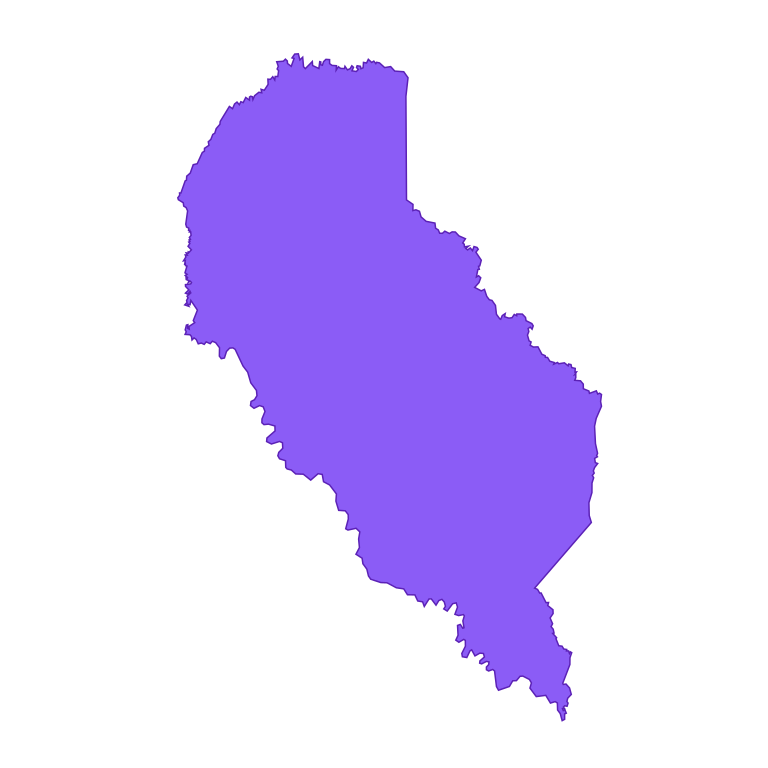 Sabana De Torres, Santander, Colombia, rotated 184°
{"feature_id": "7082276B5396414457031", "entity_name": "Sabana De Torres", "entity_type": "district", "adm_level": 2, "iso_a3": "COL", "parent_name": "Colombia", "parent_adm1": "Santander", "projection": "natural_earth1", "projection_center": [-73.555, 7.427], "detail": "fine", "context": "isolated", "style": "filled", "palette": "violet", "viewbox_px": 768, "rotation_deg": 184, "n_neighbors": 0, "source": "geoboundaries", "source_scale": "gbopen_adm2", "svg_char_len": 6137}
<svg xmlns="http://www.w3.org/2000/svg" viewBox="0 0 768 768"><g transform="rotate(184 384 384)"><path d="M399.5,701.1L405.4,699.7L410.9,704.0L413.8,704.4L414.5,703.0L416.7,705.4L418.7,703.9L422.3,706.8L423.8,703.0L426.9,703.4L426.9,698.0L429.0,696.9L429.7,699.3L433.0,699.6L433.5,697.8L431.6,696.0L433.4,693.8L437.8,694.2L436.5,697.8L438.3,699.2L439.8,696.2L442.4,694.8L445.1,698.2L445.5,695.9L449.3,695.8L451.6,697.3L453.6,693.8L453.6,698.2L458.1,698.2L460.6,699.8L460.9,703.8L464.6,703.8L466.8,701.3L467.7,697.7L469.3,698.0L469.5,700.9L470.6,701.1L471.0,694.2L477.4,696.7L478.0,700.7L484.5,693.1L486.4,694.9L487.9,704.3L490.5,701.4L492.5,707.4L496.1,706.9L498.5,702.9L496.4,702.5L498.7,694.4L502.6,697.0L503.0,699.5L505.0,701.2L506.9,699.0L513.5,698.0L511.6,693.5L512.6,690.8L511.0,689.2L511.4,683.3L514.0,683.2L514.2,679.7L516.4,682.8L518.5,680.0L521.1,680.0L520.5,674.8L523.9,668.7L527.2,669.4L526.3,666.0L529.2,666.3L533.2,662.6L534.6,658.6L535.3,661.4L537.0,661.8L538.2,660.9L538.0,657.8L541.9,660.2L544.1,654.9L546.5,655.6L547.8,652.5L550.3,655.0L552.6,652.9L554.3,648.1L557.6,650.1L565.7,634.5L565.8,631.6L569.2,627.1L570.3,622.4L572.2,621.0L573.8,615.9L576.2,613.4L575.3,609.9L579.5,606.6L579.4,603.7L581.4,602.3L585.7,590.7L589.6,589.5L592.0,580.9L595.3,577.6L595.3,573.5L596.5,572.8L599.9,560.4L601.3,560.3L601.0,558.1L602.7,555.4L602.0,553.5L596.9,550.8L596.2,547.5L593.7,546.2L592.0,543.0L592.9,529.6L591.9,526.8L589.6,525.8L589.7,523.7L588.4,523.7L588.8,522.1L587.5,522.3L586.8,518.8L588.4,516.6L587.2,514.7L588.5,514.1L587.6,512.6L588.7,512.0L587.5,510.6L589.1,507.7L585.5,504.4L587.6,501.8L588.5,502.2L588.5,500.8L590.5,501.0L589.2,498.8L591.3,498.9L590.5,496.9L592.6,492.9L590.8,493.4L591.3,488.7L590.6,490.2L590.2,488.2L588.8,487.9L590.3,481.0L588.1,479.7L589.9,478.4L587.4,476.5L587.7,475.5L588.9,476.6L588.6,474.4L585.7,473.4L586.3,471.7L584.3,473.0L583.1,471.7L583.8,470.4L589.0,469.3L588.8,467.5L585.3,464.3L588.4,460.8L586.0,459.9L584.0,462.9L583.1,461.4L586.6,457.8L585.5,456.3L586.8,453.6L586.2,451.6L588.3,449.0L584.1,447.9L585.4,449.9L583.0,449.6L582.5,453.9L575.3,444.7L578.7,433.9L577.1,432.0L582.6,427.8L582.1,425.1L583.8,425.9L583.8,429.5L585.2,429.0L586.1,424.1L584.9,422.3L585.9,419.6L581.0,419.6L579.4,418.0L578.6,414.5L576.7,416.7L574.4,415.3L572.1,411.1L569.1,412.1L566.1,411.0L564.3,413.6L560.2,412.1L558.2,414.7L554.8,413.5L550.6,408.7L550.2,400.3L548.1,397.9L545.0,398.8L543.4,405.5L540.5,409.0L537.3,409.5L534.9,408.2L525.9,392.1L520.8,386.3L517.0,375.9L510.8,368.7L509.9,363.5L512.1,359.3L515.4,357.3L515.7,353.2L512.0,350.7L506.6,353.8L502.9,352.8L500.8,348.3L503.3,340.6L503.1,336.8L500.9,335.1L496.4,335.9L489.9,334.5L489.4,329.6L497.0,322.0L497.1,318.4L492.1,316.3L484.2,319.4L481.2,318.3L480.5,312.8L484.2,308.5L484.9,305.0L483.0,302.1L476.9,300.6L476.2,294.0L474.7,292.5L470.4,291.7L465.8,288.1L458.2,288.4L450.4,283.0L443.5,289.9L439.3,289.5L437.5,282.3L431.2,279.5L423.8,271.0L423.8,263.8L420.4,254.8L413.8,254.8L410.6,251.2L410.2,246.8L412.1,236.9L409.8,235.8L401.8,238.1L397.8,234.8L398.5,227.6L397.1,219.1L400.1,212.2L393.7,208.7L392.5,203.2L388.2,198.1L386.1,191.4L383.6,188.3L373.3,185.7L367.1,185.9L357.5,181.6L350.0,181.0L345.9,175.4L338.5,175.8L335.2,169.9L330.3,169.4L328.3,164.9L324.1,172.7L321.8,172.9L316.7,167.0L314.2,171.8L311.2,173.2L308.7,170.8L307.2,166.5L308.7,163.8L305.1,161.9L300.2,169.6L296.7,170.7L295.1,166.6L297.2,159.2L293.4,158.2L288.7,159.5L287.7,158.3L288.8,153.2L287.2,146.4L288.4,145.9L291.1,149.5L293.8,148.3L292.6,138.5L294.5,133.5L291.3,131.6L286.6,134.8L285.0,133.9L284.5,128.1L287.6,120.6L286.8,117.4L282.3,116.9L279.6,123.8L278.0,124.9L274.3,119.1L269.6,122.2L266.0,122.1L264.8,118.7L269.0,114.5L269.1,112.2L267.1,111.6L262.5,114.4L259.9,114.1L260.0,111.4L262.1,108.8L261.9,106.1L259.6,105.0L255.6,106.8L253.7,105.5L250.7,90.0L248.4,86.5L237.8,91.0L234.9,96.9L231.2,97.3L227.9,101.9L225.1,102.3L218.3,99.4L216.1,96.1L217.2,90.8L210.3,82.8L200.9,84.7L195.7,77.3L191.1,79.1L188.8,77.9L188.1,70.9L185.2,67.5L182.8,60.6L180.4,62.1L180.8,67.5L179.2,68.3L180.8,71.6L182.4,70.7L183.3,72.6L181.3,72.8L182.5,74.2L181.3,75.6L178.9,75.3L178.1,78.5L179.4,80.1L178.8,83.4L175.5,87.4L177.7,93.7L181.5,97.4L184.2,96.8L184.8,98.0L179.0,117.1L179.4,123.9L178.0,129.1L179.4,129.8L180.2,128.1L181.2,130.6L183.4,130.5L183.2,131.9L186.2,132.2L188.1,134.9L191.4,135.1L194.7,141.9L194.1,142.9L198.3,147.0L197.0,147.4L198.1,151.2L200.4,153.6L199.1,156.6L202.0,162.2L199.3,166.8L199.7,170.6L205.2,174.4L204.6,177.5L207.1,177.2L212.7,186.5L214.1,186.3L216.5,189.8L219.5,190.9L167.5,260.3L170.1,267.1L171.3,279.9L169.0,290.2L169.6,299.7L168.3,305.1L169.8,307.3L168.1,309.8L169.1,311.9L168.1,315.3L165.3,319.6L167.7,320.3L168.7,324.5L166.0,326.3L166.9,327.5L166.1,329.7L168.9,339.3L171.0,356.6L169.9,364.5L165.5,377.0L166.7,381.6L166.3,388.7L168.3,389.9L170.1,388.9L171.7,392.0L178.4,389.0L179.1,391.3L184.8,393.2L185.2,397.8L188.2,400.9L194.0,401.0L193.1,403.7L193.4,407.2L194.3,406.7L192.8,409.5L194.3,409.2L194.3,412.9L197.9,413.5L198.8,416.4L201.2,416.8L201.6,415.0L205.5,417.7L211.1,416.4L212.4,417.6L216.1,415.6L215.6,417.3L220.2,418.3L222.7,421.9L224.9,421.9L225.2,423.5L228.6,424.7L233.0,431.8L237.5,431.3L240.9,432.8L240.2,436.2L242.3,437.2L244.3,442.8L243.2,446.4L244.1,449.4L242.1,450.9L240.1,449.0L239.2,452.4L240.7,454.6L246.7,457.1L247.5,460.3L250.9,463.4L256.4,463.1L256.4,461.4L258.9,462.5L260.9,459.1L264.0,458.4L268.4,459.5L268.0,462.7L270.8,460.5L272.1,456.7L273.1,457.1L276.7,461.4L278.3,470.2L282.1,474.9L284.8,475.4L287.6,478.6L290.4,485.4L293.5,483.7L300.3,486.7L296.3,491.8L294.9,496.7L297.2,498.6L299.3,497.2L298.4,504.7L296.9,505.1L297.9,508.0L296.7,508.5L295.6,514.3L301.5,521.9L299.4,525.0L300.7,526.7L303.8,527.4L305.0,523.2L307.4,525.7L310.0,523.6L311.9,524.9L309.3,527.4L313.3,526.4L313.7,529.0L315.3,530.2L312.9,534.6L319.6,537.0L323.4,540.6L326.7,540.5L329.3,538.7L334.0,540.7L336.2,538.4L339.0,538.3L340.6,541.5L343.4,543.0L344.4,548.1L353.3,549.2L358.7,553.3L360.7,558.8L364.3,560.0L367.3,559.0L367.6,565.2L374.4,569.2L382.2,672.5L381.4,691.2L386.1,696.9L395.1,696.9L399.5,701.1Z" fill="#8b5cf6" stroke="#5b21b6" stroke-width="1.5"/></g></svg>